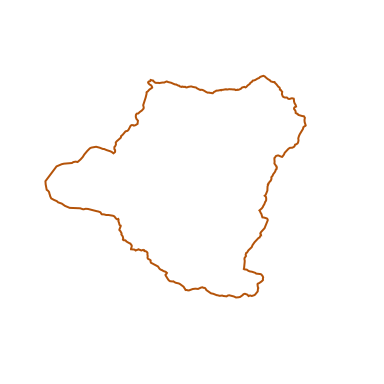 the district of Poiana Marului, Brasov, Romania, rotated 337°
{"feature_id": "2599482B79917442697977", "entity_name": "Poiana Marului", "entity_type": "district", "adm_level": 2, "iso_a3": "ROU", "parent_name": "Romania", "parent_adm1": "Brasov", "projection": "natural_earth1", "projection_center": [25.322, 45.622], "detail": "fine", "context": "isolated", "style": "outline", "palette": "amber", "viewbox_px": 384, "rotation_deg": 337, "n_neighbors": 0, "source": "geoboundaries", "source_scale": "gbopen_adm2", "svg_char_len": 6048}
<svg xmlns="http://www.w3.org/2000/svg" viewBox="0 0 384 384"><g transform="rotate(337 192 192)"><path d="M258.1,225.2L257.5,223.9L257.9,223.8L259.0,223.1L261.9,220.2L263.7,216.4L265.1,214.9L264.9,214.6L265.6,214.0L265.8,214.1L267.6,212.8L268.3,212.7L269.5,211.8L270.3,210.9L270.8,209.4L272.6,208.5L273.5,207.5L276.1,206.0L277.1,205.1L277.7,204.3L278.7,204.0L278.9,203.4L279.5,203.0L279.4,202.6L279.8,201.9L279.8,201.3L279.5,200.9L279.5,200.3L279.0,198.0L279.9,196.3L280.8,193.6L281.2,192.9L281.7,192.8L283.1,191.8L283.7,191.7L285.3,191.9L285.8,192.1L287.0,193.4L288.5,194.8L288.8,194.9L291.2,193.5L292.7,192.1L297.7,189.9L299.4,189.6L301.6,190.4L303.4,190.3L304.4,189.8L305.4,188.7L306.7,188.8L308.2,188.5L309.1,187.7L310.2,186.1L310.8,184.1L312.4,182.2L313.8,180.9L318.8,177.3L319.8,175.9L321.1,175.5L322.3,175.4L322.7,175.1L323.0,171.7L323.7,169.6L324.9,167.8L324.6,166.0L323.2,165.2L320.0,162.6L319.7,161.2L319.1,160.9L318.3,159.7L318.8,158.5L318.9,157.4L318.4,155.5L318.7,154.7L319.6,154.1L321.2,154.0L321.4,152.3L321.1,150.4L321.3,148.5L322.0,146.5L322.1,145.8L320.7,144.8L319.9,144.6L318.3,144.5L317.6,144.2L317.0,143.8L316.4,142.3L316.1,142.0L314.5,141.4L313.2,140.2L312.9,139.2L313.0,137.0L314.2,135.0L313.7,133.6L313.7,133.0L312.9,132.1L313.4,130.8L313.3,129.9L312.6,128.9L311.8,125.8L311.0,123.9L311.0,123.1L310.8,122.9L309.9,122.7L307.8,121.0L307.5,120.3L307.4,119.7L305.8,117.5L304.5,115.0L304.3,114.3L303.2,113.0L301.6,112.8L299.8,112.7L298.1,113.3L296.7,113.2L294.0,113.6L292.5,113.5L291.5,113.2L289.9,114.1L288.4,114.3L287.6,115.0L284.8,115.7L283.1,116.5L282.6,116.6L282.0,116.6L281.3,115.7L278.9,115.4L277.2,116.1L274.9,116.1L274.0,115.9L273.7,115.5L273.3,115.6L272.0,115.2L271.9,114.9L271.2,114.2L270.8,114.2L270.6,113.9L269.7,113.6L268.9,113.1L266.4,111.9L264.3,111.4L263.8,110.9L263.3,110.9L263.1,110.6L262.4,110.4L262.1,110.4L260.3,110.0L259.3,109.6L258.5,109.8L258.2,109.3L255.5,108.8L254.0,108.2L253.2,108.4L251.4,108.5L249.7,109.2L248.9,108.8L248.3,108.2L247.4,107.9L246.5,107.1L245.4,106.8L244.3,105.7L242.5,103.2L241.5,102.1L240.1,101.3L239.5,101.3L239.3,101.0L239.0,100.8L237.0,98.4L236.8,97.8L236.4,97.3L234.1,95.8L232.5,94.5L229.8,93.8L228.8,93.8L227.5,93.5L226.8,92.5L226.2,92.4L225.9,92.1L225.3,92.0L224.6,91.3L224.0,91.1L223.6,91.3L222.1,90.1L221.6,89.0L221.0,88.8L219.4,86.8L218.8,86.6L218.1,86.1L217.9,85.8L217.6,85.6L215.5,83.3L212.9,81.4L212.0,80.4L210.7,80.3L209.2,80.4L207.6,79.7L204.3,78.9L203.9,78.5L201.5,77.5L200.8,76.9L199.7,74.7L199.8,74.3L197.7,72.7L197.3,73.2L197.0,73.5L196.4,73.6L195.3,73.4L194.8,73.6L194.4,74.0L194.4,75.0L195.0,76.5L195.9,77.6L196.2,78.4L196.3,80.0L196.1,80.4L192.7,81.1L190.4,82.2L189.4,82.3L189.0,82.7L188.6,83.8L186.2,87.0L181.0,93.0L180.6,95.3L180.0,96.3L177.7,97.4L175.0,98.0L173.3,98.7L171.7,98.3L170.5,99.1L169.6,100.9L169.4,102.9L170.1,105.2L168.5,108.0L166.1,108.4L164.4,108.2L163.9,107.4L162.4,106.8L161.3,107.1L157.9,109.9L156.5,110.5L154.5,110.2L150.6,112.2L148.5,112.9L148.4,113.3L147.6,114.2L142.5,115.9L141.2,116.6L140.5,118.6L139.2,119.8L138.1,120.3L137.3,122.2L137.6,123.3L137.2,124.4L136.6,125.2L134.8,125.7L133.7,123.7L132.6,122.5L129.7,120.0L127.9,118.1L126.7,117.5L124.4,115.2L121.4,112.9L116.6,111.8L115.0,111.9L111.6,113.3L107.5,115.4L105.1,117.1L102.1,118.5L98.4,119.7L96.8,118.6L94.5,118.1L92.8,118.4L85.2,115.9L83.0,115.5L77.3,115.5L61.3,124.8L60.3,127.7L59.1,133.2L60.0,134.6L60.4,136.3L60.1,137.8L60.0,139.6L59.8,140.4L59.9,142.9L61.9,145.4L64.0,147.6L64.7,149.2L67.6,151.8L69.6,155.1L73.2,158.8L82.7,163.3L84.8,165.2L85.6,165.6L87.6,165.9L89.7,167.0L96.5,172.2L98.2,173.4L99.7,174.8L99.9,175.2L99.9,176.2L100.3,177.3L102.2,178.2L104.1,179.7L106.1,180.5L110.0,183.0L111.0,184.1L111.6,186.5L112.3,187.8L112.7,188.0L113.6,188.0L113.6,188.7L112.8,190.3L112.8,191.8L112.5,193.4L112.5,194.1L112.8,194.8L113.2,195.1L113.1,195.5L110.4,198.3L110.3,198.8L110.8,200.0L111.0,202.1L111.0,202.6L110.4,203.5L110.9,205.8L110.5,208.1L109.9,208.5L109.8,208.9L110.1,209.5L110.5,209.9L111.6,210.3L112.1,211.0L112.2,211.8L113.9,214.1L115.2,215.5L115.2,216.3L115.5,217.0L115.6,217.5L115.5,218.0L115.1,218.8L113.7,220.4L113.5,220.9L116.3,222.4L116.9,223.0L117.2,223.8L120.5,223.9L120.7,224.4L121.9,225.3L122.4,226.0L124.4,226.2L124.9,227.1L125.3,227.1L125.3,227.9L126.2,228.4L126.8,229.1L127.2,230.1L127.2,230.8L126.5,232.2L126.2,233.7L125.5,234.8L125.3,235.7L125.4,236.3L126.8,238.0L127.2,238.8L126.6,239.9L126.6,241.1L131.6,247.3L132.1,249.9L132.5,250.7L133.6,252.1L133.9,252.2L134.8,253.6L136.6,255.2L137.3,256.7L136.7,257.2L135.7,257.6L135.2,257.9L135.1,258.5L135.8,262.9L136.1,264.2L136.9,265.5L139.0,266.7L140.0,267.0L140.7,268.2L141.7,269.3L144.1,271.0L145.0,272.1L147.3,276.0L147.3,276.7L147.7,278.4L147.7,279.3L147.8,279.7L148.0,279.9L148.8,280.1L149.7,280.9L150.8,281.4L154.8,281.6L157.3,282.3L159.7,283.6L163.0,283.5L164.4,283.8L165.0,284.6L166.3,285.3L166.7,286.2L166.9,287.9L169.9,292.7L171.8,294.0L174.5,296.7L175.0,296.9L176.9,298.4L179.3,299.1L180.3,300.0L183.1,301.6L184.4,301.3L185.9,301.6L189.7,304.5L191.3,306.3L193.7,307.1L195.3,307.4L198.4,306.7L199.4,306.2L200.7,306.3L201.0,306.4L202.9,308.2L203.4,309.9L205.0,309.9L206.4,311.1L209.1,311.3L210.0,311.1L213.6,309.2L215.0,306.7L215.5,306.3L215.5,305.1L215.7,304.3L216.3,302.4L216.7,302.1L218.2,302.1L220.7,301.6L222.0,301.2L223.0,300.7L223.3,299.6L224.1,298.5L224.2,297.3L223.6,295.0L222.8,294.2L219.2,292.2L218.7,291.2L217.7,290.3L216.0,288.8L214.1,287.6L213.1,286.6L212.1,284.9L209.9,283.6L209.6,283.1L210.2,282.4L213.2,276.9L213.7,275.8L214.0,274.4L214.5,273.4L216.7,272.0L216.8,270.8L218.0,269.3L218.9,269.3L221.2,267.7L225.4,266.1L226.9,264.6L229.9,262.7L235.3,260.3L236.4,260.3L238.1,258.8L238.5,258.9L238.5,258.3L238.9,257.9L238.6,257.4L238.6,257.0L239.2,256.3L240.2,255.7L244.6,253.7L250.6,247.7L250.9,246.9L250.8,246.0L250.5,245.5L248.2,243.6L246.9,242.9L247.0,241.6L247.3,239.2L247.1,238.4L247.0,235.6L246.9,235.3L249.8,234.4L251.6,233.3L252.3,232.5L253.6,231.7L255.7,229.5L256.1,229.4L257.0,228.6L257.6,227.4L258.0,226.2L258.1,225.2Z" fill="none" stroke="#b45309" stroke-width="2"/></g></svg>